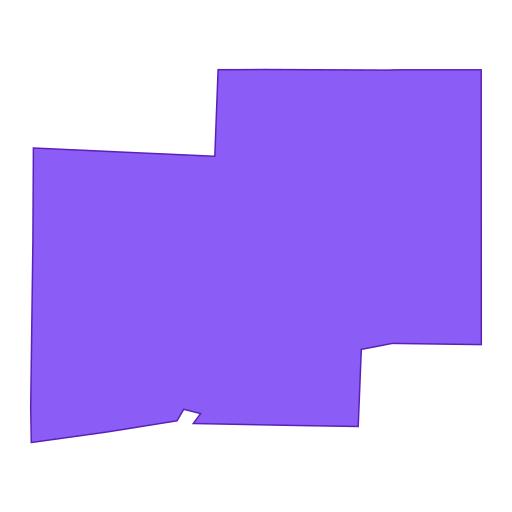 Stark, Ohio, United States of America (Albers equal-area conic projection)
{"feature_id": "52423323B51569510980228", "entity_name": "Stark", "entity_type": "district", "adm_level": 2, "iso_a3": "USA", "parent_name": "United States of America", "parent_adm1": "Ohio", "projection": "albers", "projection_center": [-81.371, 40.812], "detail": "fine", "context": "isolated", "style": "filled", "palette": "violet", "viewbox_px": 512, "rotation_deg": 0, "n_neighbors": 0, "source": "geoboundaries", "source_scale": "gbopen_adm2", "svg_char_len": 432}
<svg xmlns="http://www.w3.org/2000/svg" viewBox="0 0 512 512"><path d="M31.3,442.5L107.6,431.9L177.0,420.8L183.7,409.3L200.6,413.6L193.3,423.5L296.9,425.5L358.2,426.5L361.3,349.4L392.2,343.4L481.3,344.6L481.2,164.0L481.2,161.1L481.2,69.8L403.6,69.8L394.0,69.9L388.0,70.1L265.0,69.5L236.5,69.7L218.1,69.7L214.8,156.3L122.2,152.1L33.4,148.0L32.9,241.2L30.7,407.7L31.3,442.5Z" fill="#8b5cf6" stroke="#5b21b6" stroke-width="1.5"/></svg>